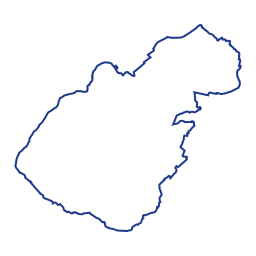 the district of Prigoria, Gorj, Romania
{"feature_id": "2599482B96975786265772", "entity_name": "Prigoria", "entity_type": "district", "adm_level": 2, "iso_a3": "ROU", "parent_name": "Romania", "parent_adm1": "Gorj", "projection": "albers", "projection_center": [23.699, 45.065], "detail": "fine", "context": "isolated", "style": "outline", "palette": "blue", "viewbox_px": 256, "rotation_deg": 0, "n_neighbors": 0, "source": "geoboundaries", "source_scale": "gbopen_adm2", "svg_char_len": 5702}
<svg xmlns="http://www.w3.org/2000/svg" viewBox="0 0 256 256"><path d="M131.0,230.2L131.8,229.3L132.4,227.3L132.8,226.8L136.1,224.6L136.7,224.4L137.8,224.8L138.0,224.5L139.0,223.7L140.7,222.9L141.4,221.4L142.0,219.6L142.4,219.0L143.0,218.6L142.7,218.4L142.7,217.8L143.1,216.0L143.1,215.8L143.5,215.2L145.0,215.1L145.3,215.4L146.0,214.8L148.4,214.2L150.5,213.1L154.4,212.3L155.8,211.2L155.9,210.4L156.6,209.5L157.1,208.4L157.0,207.7L157.3,206.8L158.1,207.3L159.0,205.7L159.2,205.1L159.0,203.9L159.2,202.9L159.5,202.5L160.3,202.1L159.7,201.1L159.8,200.1L159.5,198.9L159.7,197.7L161.6,194.9L161.4,193.5L160.7,191.8L160.6,190.8L160.0,189.9L159.7,189.2L159.5,188.2L159.6,187.1L159.4,186.1L159.3,184.7L162.0,182.1L163.2,181.2L163.7,180.2L164.3,180.0L164.0,179.4L164.1,179.2L167.5,177.1L168.7,175.9L169.5,176.2L169.5,176.5L170.0,176.7L170.0,177.3L170.3,178.2L174.5,173.4L175.9,172.2L176.1,171.8L176.3,171.2L176.4,169.6L176.3,169.3L175.6,168.5L175.4,167.8L176.1,166.5L176.5,166.1L177.3,166.7L178.2,167.0L186.5,159.7L186.7,159.3L186.3,159.0L186.2,158.7L187.0,157.1L185.8,156.6L183.6,156.6L183.2,156.2L182.6,155.9L184.6,150.5L180.5,147.3L181.0,145.8L182.0,144.6L182.8,141.7L183.7,139.8L183.7,138.5L184.3,135.6L186.2,135.9L187.3,135.9L187.4,135.4L187.1,133.3L188.6,133.2L188.4,131.3L189.0,130.8L190.1,130.5L191.4,128.6L194.4,125.7L193.7,121.8L192.0,122.1L191.9,121.3L190.0,122.0L184.8,122.1L184.0,121.4L183.6,121.2L182.1,120.8L180.3,121.0L180.0,121.1L178.9,122.5L178.5,122.6L178.0,123.2L175.9,123.9L174.1,124.0L173.2,124.4L176.7,115.6L177.0,115.4L177.9,115.2L180.1,113.8L181.0,113.6L181.3,113.7L182.8,113.2L183.7,112.5L185.5,112.1L186.7,111.5L187.4,111.5L188.6,111.8L189.0,112.1L189.4,112.7L191.2,111.8L193.3,111.9L193.9,112.2L194.9,112.2L195.6,112.0L196.9,111.0L197.5,110.9L197.6,110.4L198.0,110.1L198.9,109.7L199.8,109.7L200.1,109.6L200.8,108.0L200.2,107.2L199.4,107.1L198.5,107.8L196.8,106.8L197.1,102.9L196.8,102.1L196.2,101.6L195.0,100.1L195.2,97.7L194.8,96.0L194.7,93.6L194.4,92.3L208.2,95.3L208.6,93.6L209.3,92.7L209.7,92.6L211.2,92.8L212.9,93.3L216.5,93.9L216.6,93.0L217.7,93.0L221.0,94.1L224.7,93.5L229.2,92.0L230.7,91.7L238.6,87.6L239.8,84.3L239.9,83.3L239.5,80.9L238.7,79.7L238.0,77.5L237.3,76.5L237.2,73.3L237.0,72.4L237.3,71.8L237.2,71.3L237.6,70.4L238.3,70.1L239.2,69.0L240.1,68.2L240.4,67.7L240.6,66.6L240.5,66.1L239.6,66.4L238.9,65.9L239.6,64.1L239.6,63.1L239.8,62.6L239.9,61.7L240.2,61.4L239.9,60.8L240.0,59.9L239.7,59.1L239.1,59.1L239.3,58.8L239.0,58.4L238.9,57.2L239.2,56.2L239.0,55.8L239.3,55.4L239.2,54.9L239.4,53.5L238.6,52.3L236.3,51.2L235.9,50.7L235.8,50.0L235.2,49.4L234.5,49.2L233.7,48.7L233.6,48.2L233.0,47.4L230.0,45.1L230.3,44.5L229.5,43.9L229.9,41.9L229.7,41.8L229.8,41.1L227.4,40.7L225.9,41.0L225.7,40.3L224.9,39.4L223.8,39.6L222.6,39.4L222.8,38.9L222.0,37.7L219.4,39.2L218.1,40.6L217.1,40.0L216.7,38.6L215.1,37.4L213.1,35.2L211.5,34.2L209.7,33.7L208.6,33.0L208.3,32.5L207.1,31.4L206.5,31.1L206.1,30.4L205.3,29.8L204.2,29.4L203.6,28.4L202.7,27.8L201.9,27.5L201.9,26.0L201.7,25.6L201.0,25.5L200.7,25.0L200.1,25.0L198.0,26.2L196.3,28.1L189.4,32.9L183.8,36.5L181.8,37.4L179.0,37.7L173.5,37.8L171.6,37.8L167.1,37.0L166.9,37.6L160.1,41.0L157.4,42.5L154.9,46.0L154.3,47.6L153.3,48.5L153.7,48.8L153.9,50.5L147.9,54.8L150.5,57.4L147.9,59.1L147.0,60.0L144.1,62.0L143.8,62.3L144.4,63.3L135.8,70.5L134.4,71.4L133.7,72.2L133.9,72.6L134.5,75.7L133.3,76.0L133.0,75.9L131.1,74.8L130.3,73.9L128.6,73.2L128.1,72.3L127.9,72.2L126.3,72.1L125.2,72.6L125.2,73.1L124.9,73.4L123.5,74.5L123.0,75.4L122.5,75.1L122.1,74.2L121.1,73.2L119.0,73.2L118.3,73.0L118.1,72.5L116.7,71.4L116.7,70.7L115.5,68.8L116.3,68.0L116.8,68.5L117.5,67.8L116.2,66.1L115.7,65.7L114.7,67.2L114.4,67.3L111.3,63.5L110.4,62.9L104.9,62.3L101.1,63.6L99.8,64.5L97.1,66.0L95.4,69.0L95.1,69.8L93.7,70.9L93.4,71.3L93.0,72.9L92.6,73.5L92.7,73.9L92.3,74.8L92.4,75.0L92.5,76.1L92.2,76.3L92.1,77.1L92.5,77.4L92.5,77.8L92.1,78.7L92.3,79.0L92.5,79.7L92.2,80.5L91.4,81.7L90.9,82.0L90.8,82.4L90.3,82.7L90.0,83.7L89.4,84.2L89.3,85.0L88.7,85.3L88.1,85.4L87.3,86.7L87.5,87.3L87.5,87.9L87.7,88.6L87.6,89.1L87.3,89.5L87.5,90.5L87.1,91.4L86.6,91.4L84.9,91.9L82.4,91.6L80.2,91.1L76.9,91.1L75.8,91.6L74.9,92.6L73.9,93.2L69.3,94.1L64.3,95.5L62.6,96.8L60.0,98.2L59.5,99.2L59.3,100.1L58.9,100.9L58.1,104.3L57.4,105.7L56.7,106.7L56.0,107.4L53.2,109.1L52.1,110.1L48.1,112.5L47.1,114.1L45.0,118.1L43.5,120.2L42.4,122.1L39.2,125.1L39.0,126.2L36.7,129.3L35.6,130.4L34.3,131.2L33.5,132.1L32.4,134.3L31.1,136.1L29.5,138.8L29.4,141.1L28.0,143.5L27.4,145.2L26.1,146.7L23.7,148.5L22.3,150.3L19.3,152.6L18.9,154.1L17.7,156.1L16.6,158.9L15.4,166.5L15.9,167.2L16.0,167.6L19.8,172.4L19.8,172.8L20.5,172.7L24.9,175.3L25.1,176.8L25.3,177.0L25.1,177.3L25.2,177.6L26.6,178.8L27.4,179.3L30.0,181.7L30.4,181.4L31.3,182.4L30.9,182.8L38.5,191.5L39.2,192.3L39.7,192.5L40.0,193.0L40.0,193.3L40.3,193.8L42.0,194.5L43.2,195.6L43.3,196.4L43.3,197.4L44.7,198.5L46.2,198.8L49.7,200.3L51.3,200.8L52.0,201.4L53.0,203.5L53.9,202.6L55.0,202.5L55.5,202.6L56.3,203.2L57.6,204.4L57.8,204.9L60.3,204.1L60.6,204.7L62.1,206.0L63.4,207.8L63.8,209.7L64.6,210.2L64.7,210.6L65.4,211.1L66.0,211.2L66.4,211.7L67.1,212.2L68.5,211.6L71.0,213.2L71.6,213.2L72.1,213.5L73.4,212.4L74.3,212.4L74.7,212.2L75.0,212.7L77.2,212.9L77.8,213.6L78.6,214.0L81.8,214.3L82.3,214.2L83.3,213.5L89.7,212.7L90.8,214.2L92.8,215.2L93.9,216.2L95.1,216.8L96.3,217.8L99.3,218.9L101.5,221.4L101.9,221.4L102.1,221.8L102.7,222.3L103.1,222.4L103.7,222.0L104.2,222.0L105.1,223.2L105.1,223.5L104.9,224.0L104.8,224.5L105.3,225.3L105.4,226.1L106.8,227.1L108.1,227.7L108.8,227.8L109.3,228.3L112.4,228.8L117.1,230.4L120.2,230.8L121.7,230.7L126.7,231.0L127.3,231.0L128.7,230.5L131.0,230.2Z" fill="none" stroke="#1e3a8a" stroke-width="2"/></svg>